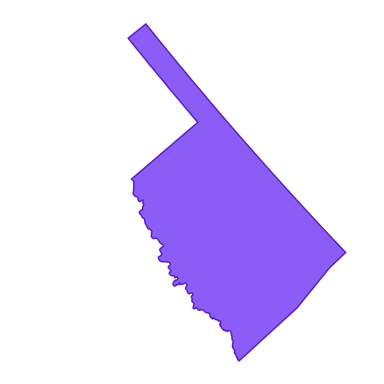 map outline of Oklahoma (Albers equal-area conic projection), rotated 48°
{"feature_id": "USA-3533", "entity_name": "Oklahoma", "entity_type": "State", "adm_level": 1, "iso_a3": "USA", "parent_name": "United States of America", "parent_adm1": "", "projection": "albers", "projection_center": [-97.37, 35.324], "detail": "fine", "context": "isolated", "style": "filled", "palette": "violet", "viewbox_px": 384, "rotation_deg": 48, "n_neighbors": 0, "source": "natural_earth", "source_scale": "10m", "svg_char_len": 5568}
<svg xmlns="http://www.w3.org/2000/svg" viewBox="0 0 384 384"><g transform="rotate(48 192 192)"><path d="M35.0,136.5L35.3,130.8L35.6,125.2L35.9,119.5L36.2,113.9L40.7,114.1L45.2,114.4L49.6,114.6L54.1,114.9L58.6,115.1L63.0,115.3L67.5,115.5L71.0,115.7L80.3,116.1L88.7,116.5L97.1,116.8L105.4,117.2L113.8,117.5L122.2,117.7L130.5,118.0L138.9,118.3L147.3,118.5L155.6,118.7L164.0,118.9L172.4,119.0L180.7,119.2L189.1,119.3L197.5,119.4L205.8,119.5L214.2,119.6L222.6,119.6L231.0,119.7L239.3,119.7L247.7,119.7L256.1,119.6L264.4,119.6L272.8,119.5L281.2,119.4L289.5,119.3L297.9,119.2L306.3,119.1L314.7,118.9L323.0,118.7L331.4,118.5L339.8,118.3L339.9,124.0L340.1,129.6L340.2,135.3L340.4,141.0L341.4,147.2L342.4,153.5L343.4,159.8L344.4,166.1L345.4,172.4L346.4,178.7L347.4,185.0L348.4,191.2L348.5,201.1L348.6,211.0L348.6,220.8L348.7,230.7L348.8,240.5L348.9,250.4L349.0,260.3L349.0,270.1L348.8,270.1L347.9,270.1L347.2,269.7L347.2,270.0L345.4,269.5L344.8,269.2L345.0,268.8L344.2,268.7L343.3,268.9L343.0,268.5L342.5,268.3L342.0,268.1L341.5,268.0L341.2,268.1L340.8,268.3L340.5,268.3L340.3,268.3L340.0,267.9L339.3,267.5L338.7,266.5L338.1,266.3L337.7,266.2L336.7,266.0L334.2,265.6L332.8,264.2L332.2,263.3L332.0,263.0L331.6,262.7L331.3,262.6L331.1,262.3L330.9,261.6L330.8,261.4L330.6,261.2L330.3,261.0L330.0,260.9L328.7,260.9L328.1,260.7L327.5,260.3L326.3,259.1L325.6,258.7L324.4,258.4L324.2,258.2L324.1,257.8L323.9,257.6L323.4,257.3L320.9,256.5L320.3,256.6L319.6,257.2L319.4,257.9L319.4,258.7L319.2,259.2L318.7,259.0L318.5,259.3L318.2,259.5L317.9,259.7L317.5,259.9L317.1,259.7L316.8,259.7L316.7,260.1L316.7,260.4L316.6,260.6L316.4,260.7L316.2,260.9L315.9,260.9L312.7,260.9L312.3,260.9L312.1,260.6L311.8,260.4L311.5,260.3L311.2,260.3L310.8,260.6L310.6,260.7L310.4,260.3L310.3,260.1L309.1,260.1L308.6,259.8L308.9,259.2L308.6,258.5L308.2,258.1L307.7,257.9L307.2,257.5L306.7,257.3L306.3,257.7L305.8,258.6L305.5,258.6L304.9,258.3L303.9,258.9L303.5,259.0L303.1,259.3L302.7,259.6L302.5,259.9L302.1,259.9L301.6,259.9L300.3,259.9L300.1,260.2L300.2,261.5L299.8,261.8L299.6,261.7L299.4,261.5L299.2,261.2L298.9,261.3L298.6,261.5L298.4,261.8L297.4,262.0L296.9,261.9L294.8,260.6L294.4,260.2L294.0,260.1L293.5,260.3L293.1,260.8L293.0,261.1L292.7,261.1L292.1,261.4L291.4,261.9L290.2,262.5L289.6,262.6L287.7,262.6L287.3,262.7L286.6,263.1L286.2,263.2L285.8,263.5L285.2,265.1L284.8,265.7L284.1,266.2L283.4,266.2L281.8,266.1L280.8,266.2L280.6,266.6L280.6,267.3L280.4,268.3L279.4,269.0L278.2,268.0L277.1,266.3L276.3,265.2L275.6,265.1L273.0,265.2L272.7,265.1L272.6,264.7L272.5,264.3L272.4,264.0L272.2,263.8L271.3,263.4L269.8,262.9L269.3,262.4L269.2,262.2L269.0,261.8L269.0,261.6L269.0,261.3L269.5,260.5L269.4,260.2L269.0,259.9L268.1,259.5L267.6,259.4L267.2,259.4L267.0,259.5L266.9,259.7L266.6,260.1L266.1,261.5L265.9,261.9L265.8,262.1L265.6,262.2L265.3,262.4L265.0,262.5L264.2,262.6L263.8,262.5L263.5,262.5L263.3,262.4L262.3,261.6L261.9,261.4L261.6,261.4L260.3,261.6L259.9,261.6L259.6,261.5L259.5,261.3L259.0,260.9L258.8,260.5L258.6,260.0L258.3,258.8L258.2,258.3L258.0,258.1L257.7,257.9L257.2,257.7L256.9,257.6L256.5,257.6L255.2,257.9L254.8,258.1L254.6,258.4L254.6,259.0L254.5,260.1L253.9,261.3L253.4,262.1L252.5,262.3L251.2,262.0L251.2,262.7L251.5,263.0L251.8,263.2L252.0,263.7L251.8,264.0L251.1,264.4L250.9,264.9L250.8,266.2L250.5,267.4L249.8,268.1L248.6,268.2L247.7,267.6L247.0,266.6L246.5,265.4L246.3,264.3L246.4,263.5L247.1,262.4L247.3,261.6L247.2,261.1L246.9,260.6L246.5,260.1L246.0,259.8L245.8,259.9L245.3,260.1L245.1,260.3L245.0,260.5L244.8,260.8L244.2,262.0L244.0,262.3L243.0,261.4L242.5,261.2L241.9,261.6L241.8,261.8L241.6,262.2L241.5,262.4L241.3,262.6L240.9,262.9L240.7,263.0L240.4,263.3L240.0,263.4L237.6,263.6L237.0,263.2L236.7,262.1L236.6,261.2L236.3,260.6L235.8,260.3L234.9,260.1L232.5,260.3L232.0,259.9L231.6,259.1L231.7,257.4L231.3,256.7L229.9,255.9L228.4,256.4L227.1,257.5L223.9,260.8L222.4,261.7L220.7,261.9L219.1,261.4L218.3,260.9L217.9,260.5L218.0,259.8L218.1,259.5L218.2,259.1L218.4,258.1L218.4,257.7L218.2,257.2L218.4,256.7L218.3,256.2L218.1,255.9L217.7,255.9L216.3,255.5L214.5,255.1L213.1,254.4L213.0,252.9L212.8,251.9L213.0,250.5L213.0,249.3L212.4,248.8L211.5,249.0L209.7,249.6L208.6,249.7L203.6,249.0L202.6,249.3L202.0,249.9L201.5,250.8L201.0,251.5L200.8,251.9L199.9,252.1L198.0,252.1L197.4,251.7L196.2,250.2L195.7,249.9L195.5,249.7L194.9,248.6L194.5,248.3L193.2,248.0L192.8,248.0L191.9,248.2L189.4,249.2L189.0,248.9L184.3,247.8L183.5,247.5L180.7,245.6L179.9,245.4L179.3,245.6L178.7,245.8L177.9,245.9L177.1,245.8L175.7,245.3L175.0,245.2L173.2,245.3L172.4,245.1L171.7,244.6L171.6,243.8L171.6,241.4L171.7,240.8L171.9,240.5L171.2,239.7L170.1,238.6L169.8,237.9L169.5,237.1L169.2,236.4L168.4,236.1L167.7,236.0L167.3,235.9L167.0,235.8L166.7,235.4L166.6,235.1L166.5,234.8L166.3,234.5L165.6,234.0L165.1,234.0L164.7,234.5L164.4,236.7L164.1,237.4L163.5,237.7L162.6,237.6L161.9,237.2L160.4,236.4L158.6,236.1L158.3,236.2L158.0,236.4L157.5,236.9L157.3,237.1L156.6,237.3L154.3,237.0L153.6,236.8L153.2,236.3L152.5,235.1L146.3,228.9L146.0,228.6L145.1,228.5L144.8,228.3L144.2,228.1L142.5,228.3L141.9,228.3L142.0,227.9L142.0,225.8L142.1,220.6L142.3,215.4L142.4,210.3L142.5,205.1L142.7,200.0L142.8,194.8L142.9,189.7L143.0,184.5L143.2,179.4L143.3,174.2L143.4,169.1L143.6,163.9L143.7,158.8L143.8,153.6L144.0,148.5L144.1,143.3L144.1,141.1L143.7,141.1L141.8,141.0L140.6,141.0L137.2,140.9L131.9,140.7L125.1,140.5L117.0,140.2L108.0,139.9L98.3,139.6L88.3,139.1L78.4,138.7L68.7,138.3L59.7,137.8L51.6,137.4L44.8,137.1L39.6,136.8L36.2,136.6L35.0,136.5Z" fill="#8b5cf6" stroke="#5b21b6" stroke-width="1.5"/></g></svg>